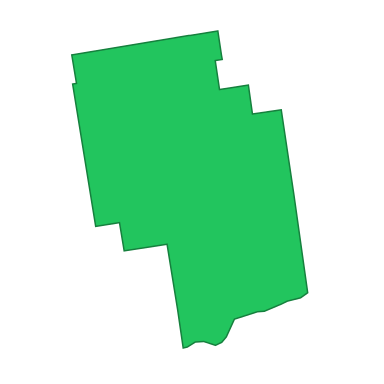 outline of Morrow, Oregon, United States of America, rotated 171°
{"feature_id": "52423323B45995509700090", "entity_name": "Morrow", "entity_type": "district", "adm_level": 2, "iso_a3": "USA", "parent_name": "United States of America", "parent_adm1": "Oregon", "projection": "orthographic", "projection_center": [-119.627, 45.46], "detail": "fine", "context": "isolated", "style": "filled", "palette": "green", "viewbox_px": 384, "rotation_deg": 171, "n_neighbors": 0, "source": "geoboundaries", "source_scale": "gbopen_adm2", "svg_char_len": 572}
<svg xmlns="http://www.w3.org/2000/svg" viewBox="0 0 384 384"><g transform="rotate(171 192 192)"><path d="M289.3,346.2L289.1,317.3L293.0,317.3L292.5,173.1L268.4,173.1L268.2,144.5L224.8,144.3L224.6,77.8L225.1,39.3L220.9,39.6L212.2,43.3L203.7,42.5L192.8,36.9L186.1,38.9L180.8,43.5L170.0,59.8L146.1,63.5L139.2,62.9L124.0,66.7L122.1,67.1L114.9,69.3L101.3,70.5L93.5,74.4L91.8,172.7L91.0,259.2L120.1,259.6L119.6,288.8L148.8,288.9L148.5,318.2L141.4,318.2L141.5,322.7L141.3,347.0L169.3,346.9L170.5,347.1L289.3,346.2Z" fill="#22c55e" stroke="#15803d" stroke-width="1.5"/></g></svg>